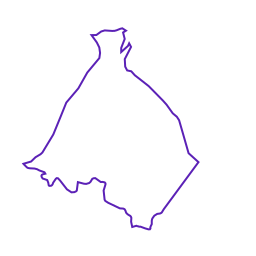 map outline of Ida-Viru (Mercator projection), rotated 296°
{"feature_id": "EST-1655", "entity_name": "Ida-Viru", "entity_type": "County", "adm_level": 1, "iso_a3": "EST", "parent_name": "Estonia", "parent_adm1": "", "projection": "mercator", "projection_center": [27.147, 59.161], "detail": "fine", "context": "isolated", "style": "outline", "palette": "violet", "viewbox_px": 256, "rotation_deg": 296, "n_neighbors": 0, "source": "natural_earth", "source_scale": "10m", "svg_char_len": 1607}
<svg xmlns="http://www.w3.org/2000/svg" viewBox="0 0 256 256"><g transform="rotate(296 128 128)"><path d="M195.5,54.5L197.7,58.8L203.0,61.6L205.5,64.3L208.3,71.2L209.4,73.3L210.8,74.9L213.8,77.6L215.1,79.2L214.6,83.5L211.7,81.7L206.6,86.0L197.0,86.8L193.3,88.6L201.8,92.0L204.6,91.9L202.2,95.2L188.5,94.9L181.9,98.6L179.4,102.0L180.4,106.1L178.4,111.0L174.7,128.3L167.9,147.5L165.9,152.4L160.8,161.8L159.5,167.0L157.5,170.3L157.3,170.6L146.9,180.0L131.9,193.5L128.2,206.3L71.0,195.8L70.3,195.7L66.9,195.4L66.1,195.0L65.2,194.3L63.6,191.9L60.7,190.1L57.8,189.6L56.6,189.6L55.1,190.0L52.0,191.5L49.4,191.5L48.3,191.7L47.5,192.2L46.6,192.1L45.9,190.9L45.3,187.4L44.8,182.5L44.2,181.3L44.1,180.2L43.8,179.3L43.8,178.4L40.9,175.2L45.1,171.9L48.7,170.4L49.5,169.6L50.0,168.6L50.1,167.0L50.3,165.4L51.0,163.5L52.7,161.8L53.5,160.5L53.5,159.1L52.2,155.9L52.1,143.0L52.5,139.6L53.3,138.4L61.1,133.5L67.4,132.5L68.4,132.0L68.9,130.9L68.6,129.6L68.4,128.8L67.5,127.2L68.6,120.6L67.9,119.3L66.7,118.2L63.2,117.9L61.5,117.2L59.4,114.9L58.6,112.8L57.4,106.7L49.3,109.4L48.5,109.2L46.9,108.0L45.4,105.4L46.1,100.0L51.0,90.0L52.1,87.1L51.7,85.9L50.7,85.4L45.9,84.7L44.8,84.9L43.6,84.8L42.6,84.4L41.7,83.1L41.5,82.5L41.8,81.8L43.9,80.3L45.8,78.2L45.2,73.5L45.7,72.6L46.4,71.6L47.3,71.1L48.1,71.1L49.0,71.7L50.7,73.7L51.6,72.3L51.0,67.0L51.1,64.3L50.6,61.8L48.7,57.3L48.3,55.9L48.2,54.9L48.7,53.2L49.8,50.1L50.0,49.7L55.4,55.6L61.2,57.7L66.1,60.9L68.4,61.8L89.4,63.7L108.1,62.5L123.8,61.4L141.9,66.0L160.0,67.1L178.3,71.6L183.2,70.0L187.8,66.9L191.2,62.5L195.5,54.5Z" fill="none" stroke="#5b21b6" stroke-width="2"/></g></svg>